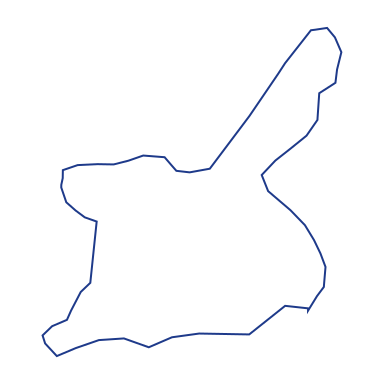 the district of Gimpo-si, Gyeonggi, South Korea, rotated 271°
{"feature_id": "91817680B93241302453804", "entity_name": "Gimpo-si", "entity_type": "district", "adm_level": 2, "iso_a3": "KOR", "parent_name": "South Korea", "parent_adm1": "Gyeonggi", "projection": "mercator", "projection_center": [126.643, 37.677], "detail": "fine", "context": "isolated", "style": "outline", "palette": "blue", "viewbox_px": 384, "rotation_deg": 271, "n_neighbors": 0, "source": "geoboundaries", "source_scale": "gbopen_adm2", "svg_char_len": 916}
<svg xmlns="http://www.w3.org/2000/svg" viewBox="0 0 384 384"><g transform="rotate(271 192 192)"><path d="M75.4,310.1L90.1,318.8L99.4,325.5L101.5,325.6L119.4,326.8L132.8,321.5L146.1,314.8L160.8,305.5L175.5,290.8L194.2,268.1L210.2,261.4L224.9,274.8L236.9,289.5L250.3,305.5L266.3,316.2L267.3,316.2L293.0,317.5L303.7,333.5L317.0,334.9L334.4,338.9L336.8,337.8L349.1,332.2L358.4,324.2L356.4,312.3L355.8,308.1L322.4,282.8L311.7,276.1L269.0,248.1L215.6,209.4L211.6,189.3L212.9,176.0L218.2,171.2L226.3,164.0L227.6,142.6L222.2,127.9L218.2,113.2L218.2,97.2L216.9,77.2L211.6,62.5L204.9,62.5L203.6,62.5L196.9,61.2L194.2,61.2L179.5,66.5L171.5,75.9L164.8,85.2L160.8,97.2L99.4,91.9L90.1,82.5L71.4,73.2L62.0,69.2L55.4,54.5L46.0,45.1L38.0,47.8L25.6,59.7L33.9,78.5L42.3,101.5L44.4,126.5L36.0,151.5L46.4,174.5L50.6,201.6L50.6,228.7L50.6,251.7L79.8,287.1L77.7,310.1L75.4,310.1Z" fill="none" stroke="#1e3a8a" stroke-width="2"/></g></svg>